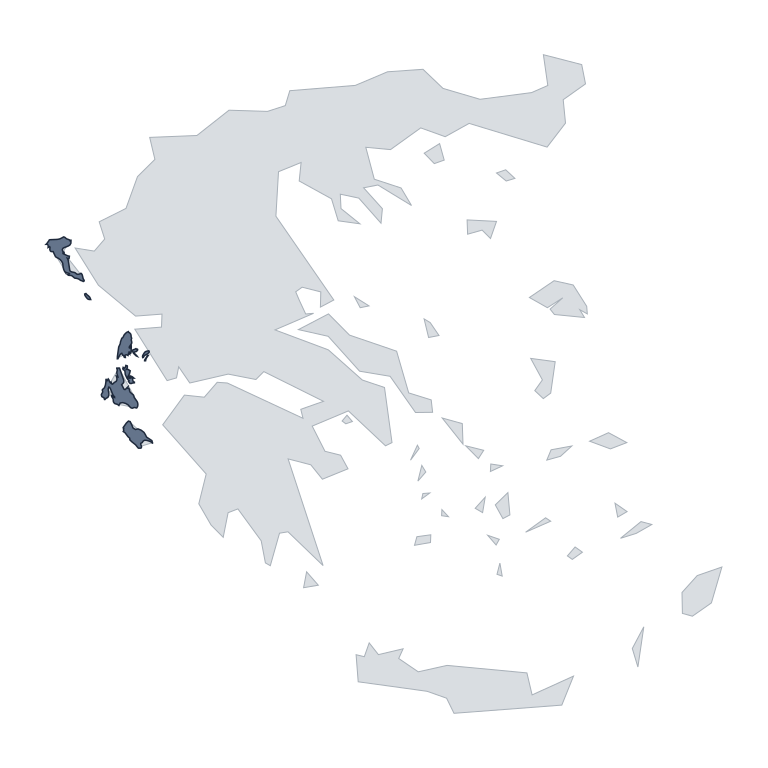 Ionioi Nisoi on a map of Greece (Natural Earth projection)
{"feature_id": "GRC-2883", "entity_name": "Ionioi Nisoi", "entity_type": "Region", "adm_level": 1, "iso_a3": "GRC", "parent_name": "Greece", "parent_adm1": "", "projection": "natural_earth1", "projection_center": [20.478, 38.738], "detail": "fine", "context": "in_parent", "style": "filled", "palette": "slate", "viewbox_px": 768, "rotation_deg": 0, "n_neighbors": 0, "source": "natural_earth", "source_scale": "10m", "svg_char_len": 8746}
<svg xmlns="http://www.w3.org/2000/svg" viewBox="0 0 768 768"><path d="M543.4,54.7L581.7,64.6L585.5,83.9L563.2,99.7L565.5,123.1L547.1,147.1L469.1,123.4L445.2,136.7L420.7,127.9L390.5,149.6L365.8,147.3L374.3,179.2L401.1,188.0L411.5,205.5L377.9,185.0L363.6,187.8L382.4,208.7L381.0,223.2L358.8,198.1L340.3,194.2L341.0,208.6L359.9,223.8L338.2,220.8L331.5,198.8L299.2,181.0L301.1,162.5L278.5,171.7L275.9,216.2L333.8,300.0L320.4,307.1L320.8,291.9L302.1,287.2L295.7,291.8L299.4,300.5L305.7,314.0L313.6,313.3L275.0,329.9L328.4,349.9L362.3,380.0L384.5,387.5L392.0,442.6L385.5,445.8L348.4,410.9L312.2,426.1L325.0,451.3L340.6,455.2L348.0,468.8L322.4,479.2L310.8,464.8L288.1,458.9L323.1,565.6L288.0,531.8L279.5,533.2L270.3,565.7L265.4,562.9L261.2,540.8L237.9,508.9L228.1,512.7L223.2,537.3L211.1,525.1L198.8,503.8L206.2,474.0L162.7,424.8L184.4,395.1L204.3,397.2L217.2,382.3L227.3,383.0L303.0,418.3L300.8,409.3L323.5,401.3L263.8,371.6L255.9,379.5L228.2,374.1L189.8,383.0L178.7,366.8L176.5,377.9L167.1,380.6L134.8,329.2L161.5,327.1L162.0,314.1L135.6,316.1L98.4,285.2L75.1,248.0L94.3,251.1L104.7,239.0L99.2,221.8L126.0,208.4L137.5,176.6L154.9,159.4L149.7,137.4L196.9,135.5L229.0,110.2L267.5,111.4L285.3,105.6L289.8,90.7L355.3,85.4L387.5,71.8L423.0,69.3L443.0,88.4L480.0,99.3L531.6,92.6L547.8,85.5L543.4,54.7ZM378.4,654.6L403.1,648.8L398.7,658.5L418.2,671.8L447.1,665.4L526.9,672.9L532.1,694.9L573.5,676.1L561.8,705.1L454.0,713.3L446.6,698.2L427.1,691.3L358.2,681.8L356.1,654.7L364.3,656.7L369.2,642.9L378.4,654.6ZM328.5,313.9L349.5,335.1L396.6,351.2L408.7,392.9L431.2,399.9L432.6,412.3L415.5,412.5L390.1,376.3L359.6,371.2L328.2,336.3L298.4,329.6L328.5,313.9ZM573.2,285.0L586.7,306.3L587.3,313.9L579.8,309.7L584.5,317.5L554.4,314.5L550.1,309.1L562.8,297.8L547.4,307.7L529.4,297.5L554.1,280.7L573.2,285.0ZM692.4,616.2L682.4,613.4L682.0,592.5L697.2,575.6L721.9,567.0L711.4,602.9L692.4,616.2ZM550.7,393.1L543.3,398.6L534.8,390.6L542.4,379.9L530.7,358.4L555.2,361.7L550.7,393.1ZM118.8,368.1L136.4,400.5L134.3,407.4L115.7,403.9L110.1,391.5L102.3,396.8L118.8,368.1ZM81.1,274.9L66.0,272.1L47.6,242.4L69.3,241.8L63.1,252.0L81.1,274.9ZM496.5,221.4L490.5,238.5L482.1,230.1L467.6,234.2L467.1,219.9L496.5,221.4ZM608.5,432.7L626.8,442.6L610.4,448.9L589.6,441.2L608.5,432.7ZM444.2,160.1L434.3,163.6L424.2,153.2L439.6,143.6L444.2,160.1ZM128.8,421.1L152.5,442.7L138.8,446.9L123.2,428.4L128.8,421.1ZM509.9,514.9L502.9,518.6L495.3,504.9L507.9,492.6L509.9,514.9ZM462.3,423.6L463.0,444.2L442.2,418.0L462.3,423.6ZM643.8,626.8L637.9,667.0L632.3,648.5L643.8,626.8ZM130.6,352.2L118.1,357.6L129.0,332.1L130.6,352.2ZM318.3,585.2L303.6,587.7L306.6,571.8L318.3,585.2ZM620.5,538.3L641.0,521.6L651.8,524.5L636.2,533.4L620.5,538.3ZM546.8,460.1L551.1,449.8L571.8,446.0L560.5,456.3L546.8,460.1ZM485.2,497.2L482.6,512.6L475.2,508.3L485.2,497.2ZM483.7,450.3L478.4,458.6L465.7,445.8L483.7,450.3ZM439.0,335.5L428.6,337.5L424.1,318.9L430.2,322.6L439.0,335.5ZM514.9,178.4L506.2,181.0L496.5,173.0L505.7,169.8L514.9,178.4ZM430.8,534.8L430.5,542.5L414.5,545.3L416.9,536.7L430.8,534.8ZM550.7,521.2L525.6,532.2L545.6,517.8L550.7,521.2ZM419.2,448.5L410.5,460.2L417.4,445.2L419.2,448.5ZM502.6,465.8L490.4,471.5L490.8,464.0L502.6,465.8ZM582.4,552.2L572.3,559.4L567.4,555.9L575.1,547.0L582.4,552.2ZM627.1,511.6L617.7,517.1L615.0,503.2L627.1,511.6ZM425.8,472.0L417.9,481.1L421.8,465.4L425.8,472.0ZM129.6,370.3L130.2,383.3L123.5,367.5L129.6,370.3ZM499.3,539.3L496.1,545.0L487.7,535.3L499.3,539.3ZM369.0,305.9L360.2,307.7L354.4,296.7L369.0,305.9ZM352.4,421.5L345.8,423.8L342.1,421.0L347.0,415.2L352.4,421.5ZM429.8,493.0L421.7,498.9L422.9,493.5L429.8,493.0ZM499.9,563.1L502.2,576.1L497.0,574.3L499.9,563.1ZM448.5,516.7L441.6,515.7L441.9,509.6L448.5,516.7Z" fill="#d9dde1" stroke="#a8b0b8" stroke-width="1"/><path d="M132.1,408.2L130.9,407.8L129.9,406.9L128.0,404.8L125.8,403.5L122.8,402.6L120.2,403.0L118.9,405.5L117.5,404.4L114.6,403.5L113.6,402.2L113.3,401.3L113.2,399.5L113.0,398.8L111.7,396.6L111.4,395.5L112.4,395.8L113.7,397.1L114.6,397.5L114.6,396.8L113.4,395.6L112.6,394.1L110.5,388.9L109.6,387.4L108.8,387.1L108.2,388.8L108.3,390.4L108.9,393.6L108.8,395.5L108.0,397.2L107.0,397.9L105.9,398.4L105.0,399.5L104.5,399.5L104.0,397.8L101.8,396.6L101.3,394.8L101.6,394.0L102.2,393.0L102.7,392.0L102.6,391.2L102.3,390.3L102.4,389.6L102.9,389.1L103.4,388.8L104.5,387.6L105.4,385.1L105.9,381.9L106.0,378.8L106.5,380.2L106.6,380.8L107.1,380.8L108.2,378.9L108.8,379.6L109.4,381.4L110.4,382.8L111.0,382.0L111.3,382.6L111.6,383.6L112.2,384.2L113.0,383.8L114.4,382.4L116.2,381.4L116.9,379.8L116.9,377.9L116.3,376.1L117.9,376.8L116.9,373.5L116.8,372.8L117.0,371.5L117.2,370.5L117.3,369.6L116.8,368.8L116.8,368.1L119.5,368.1L123.7,380.0L123.8,380.8L123.7,382.3L123.2,383.1L122.5,383.8L121.6,384.8L122.2,385.7L124.0,389.2L125.0,389.6L126.1,388.7L127.2,387.5L128.0,386.8L127.9,387.2L127.7,387.8L127.5,388.2L129.0,388.5L129.4,389.5L129.6,390.9L130.2,392.2L133.5,395.1L134.3,397.7L137.1,401.5L137.7,403.0L137.9,404.6L137.7,406.2L136.9,407.8L136.5,408.0L134.5,407.5L133.7,407.6L132.9,408.1L132.1,408.2ZM82.2,274.8L82.5,275.9L83.2,278.8L84.1,280.2L84.2,280.9L83.2,281.5L82.5,281.0L80.6,280.4L78.8,279.1L77.5,278.6L76.2,278.3L74.9,278.2L74.3,277.8L72.3,276.1L71.5,275.6L70.2,275.4L69.1,275.4L68.2,275.2L67.8,274.7L68.4,274.8L68.9,274.4L69.4,273.5L66.7,272.7L65.7,272.2L65.6,272.4L65.6,272.8L64.6,271.4L63.7,269.5L63.2,267.4L62.7,263.3L61.7,261.4L60.3,259.7L58.3,258.3L56.5,257.4L55.5,256.7L53.4,252.2L53.2,251.6L51.9,251.6L51.0,251.5L50.3,250.9L49.8,249.6L50.0,247.3L49.6,246.6L48.1,247.5L48.2,246.0L47.9,244.9L47.3,244.3L46.1,244.3L46.9,243.5L48.9,240.7L49.3,239.9L50.0,239.7L57.2,239.4L59.5,239.0L61.5,238.1L63.6,236.9L64.6,237.2L65.4,237.8L66.0,238.4L66.8,238.9L68.8,239.6L69.6,240.0L70.0,240.9L70.5,240.9L70.5,240.2L71.0,240.2L70.9,243.2L69.9,245.0L68.3,246.0L63.5,247.9L62.8,248.5L62.3,249.7L62.6,250.9L63.2,251.9L64.1,252.2L64.1,253.0L63.0,253.0L63.0,253.6L67.6,255.8L69.4,256.2L69.1,258.3L68.6,258.8L67.3,258.3L68.2,260.3L69.8,270.4L70.1,271.0L71.0,271.6L72.0,272.0L74.2,272.4L75.2,272.8L76.8,274.1L77.5,274.3L78.9,274.2L80.1,273.8L80.8,273.3L81.4,273.5L82.2,274.8ZM145.3,434.5L146.6,437.1L151.9,440.6L152.7,443.6L151.7,442.3L149.4,441.2L146.8,440.4L144.7,440.2L143.5,440.8L142.8,441.6L142.3,442.5L141.8,442.8L140.7,443.4L140.8,444.5L141.2,445.6L141.5,446.2L141.4,447.5L141.0,448.1L140.2,448.2L138.5,448.2L138.0,447.8L135.6,444.8L131.7,441.7L129.8,439.8L129.7,438.2L128.0,436.7L125.0,432.7L123.2,431.5L123.8,430.4L123.4,428.8L123.8,428.2L123.2,427.5L126.4,423.0L128.4,421.1L130.2,421.6L130.3,421.9L130.3,422.1L130.6,422.5L132.2,425.8L132.8,427.7L133.6,428.4L135.5,429.5L138.0,428.9L141.2,430.2L144.0,432.4L145.3,434.5ZM120.5,354.1L119.8,355.1L119.0,356.5L117.9,358.8L117.3,358.8L117.4,356.4L118.7,347.0L120.2,343.8L120.5,341.8L121.8,338.2L122.6,337.8L123.2,336.9L124.2,334.8L125.2,333.7L126.6,332.4L128.4,331.6L128.5,331.9L128.7,332.4L129.6,332.8L130.8,334.2L131.1,335.7L131.2,337.1L131.7,338.2L131.3,339.3L131.3,340.3L131.6,341.1L131.7,341.8L131.8,342.7L131.7,343.2L131.4,343.8L129.6,346.4L129.2,347.1L129.3,347.8L129.9,348.1L130.3,347.3L130.6,346.2L131.2,345.4L131.3,346.9L131.1,352.1L130.7,353.3L130.2,353.4L129.6,352.1L129.1,352.1L129.2,352.6L129.6,354.1L129.3,353.9L128.5,353.5L128.4,354.2L128.3,354.6L128.1,354.9L128.0,355.5L126.7,354.8L125.5,355.0L124.8,355.8L125.4,356.9L125.4,357.5L124.5,357.4L124.1,357.0L123.9,356.4L124.2,355.5L122.7,355.2L121.8,353.3L120.5,354.1ZM130.7,376.1L131.6,376.4L132.5,376.9L133.9,378.1L133.6,378.1L132.4,378.1L132.9,380.8L133.4,381.7L134.4,382.1L134.4,382.8L132.3,383.1L131.0,383.6L129.9,383.3L128.5,381.5L129.1,380.8L127.9,379.6L126.9,378.1L125.4,374.8L125.2,374.1L125.0,371.8L124.8,370.8L124.2,370.2L123.3,369.7L122.8,368.8L123.2,367.4L124.4,368.2L125.1,367.7L125.9,365.4L127.3,365.9L127.4,367.1L127.0,368.5L126.4,369.4L127.8,369.3L128.6,369.7L129.3,370.3L130.2,370.8L129.7,372.8L129.1,374.5L127.5,377.5L128.1,377.9L128.9,378.1L129.8,378.2L130.7,378.1L130.7,377.5L129.6,376.8L131.2,376.8L130.7,376.1ZM148.5,350.8L149.1,351.1L149.2,352.1L148.3,353.2L147.3,354.0L146.2,354.7L145.5,354.9L144.9,355.3L144.0,356.2L143.4,357.4L142.7,357.6L142.5,356.6L142.7,355.5L144.1,353.1L145.3,351.7L146.7,351.2L148.5,350.8ZM85.9,293.5L87.1,294.8L88.5,295.9L89.8,297.3L90.7,299.5L89.1,299.5L88.1,299.2L87.3,298.6L85.7,296.6L84.9,295.3L84.7,294.0L85.9,293.5ZM137.3,349.5L137.6,349.5L137.7,349.9L137.4,350.4L137.0,350.9L136.3,351.5L134.3,352.1L134.1,353.2L135.2,354.1L135.8,354.7L135.9,355.0L136.5,355.4L137.2,356.3L136.2,355.9L133.5,353.3L132.3,350.8L133.1,349.7L134.3,349.5L135.9,348.6L136.3,349.0L136.7,349.2L137.0,349.1L137.1,349.5L137.3,349.5ZM148.2,355.5L146.5,357.9L145.8,359.5L145.6,360.8L144.6,360.8L144.6,360.1L147.5,355.6L148.2,355.5Z" fill="#64748b" stroke="#1e293b" stroke-width="1.5"/></svg>